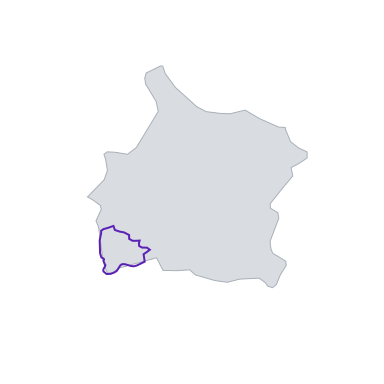 where Kosovska Kamenica sits in Kosovo, rotated 146°
{"feature_id": "KOS-5907", "entity_name": "Kosovska Kamenica", "entity_type": "District", "adm_level": 1, "iso_a3": "XKX", "parent_name": "Kosovo", "parent_adm1": "", "projection": "equal_earth", "projection_center": [21.605, 42.591], "detail": "fine", "context": "in_parent", "style": "outline", "palette": "violet", "viewbox_px": 384, "rotation_deg": 146, "n_neighbors": 0, "source": "natural_earth", "source_scale": "10m", "svg_char_len": 1656}
<svg xmlns="http://www.w3.org/2000/svg" viewBox="0 0 384 384"><g transform="rotate(146 192 192)"><path d="M116.9,143.9L133.7,138.6L136.1,134.8L132.4,126.8L134.6,121.8L154.8,107.5L158.2,101.1L159.4,96.0L156.7,90.6L153.0,82.2L154.8,78.6L165.3,73.8L173.8,68.1L178.8,67.7L181.9,71.7L181.9,75.9L184.6,83.1L190.9,86.9L201.2,93.1L213.2,97.4L222.7,106.0L235.5,121.3L237.5,128.8L249.1,135.6L259.8,143.2L258.2,157.3L294.9,169.7L303.2,169.6L307.1,171.7L307.0,175.0L304.1,184.9L289.0,215.3L287.8,221.7L277.0,228.3L275.5,232.1L278.5,240.5L281.4,246.4L281.1,246.4L257.9,251.3L250.1,257.1L245.4,267.3L243.9,272.5L239.8,272.7L233.0,267.5L224.4,259.3L213.2,260.0L174.9,277.7L171.1,287.1L170.1,307.4L167.5,312.8L163.4,316.3L147.6,314.1L145.9,312.8L148.0,305.0L147.3,288.0L140.3,259.9L135.3,250.7L124.9,241.6L116.8,235.6L102.2,230.2L94.9,214.9L83.9,197.4L78.6,193.4L79.5,191.7L82.1,178.5L79.0,168.9L74.2,160.8L77.6,155.8L87.8,155.9L96.3,156.8L99.4,149.0L116.9,143.9Z" fill="#d9dde1" stroke="#a8b0b8" stroke-width="1"/><path d="M270.2,160.7L278.7,161.9L281.7,162.9L283.8,164.6L288.2,169.9L290.4,171.3L292.4,171.3L298.3,168.7L301.2,168.7L305.2,169.6L306.0,170.1L308.7,171.8L309.8,175.7L309.0,177.2L307.6,178.1L306.0,178.8L304.7,179.8L304.8,180.3L304.0,183.9L303.9,184.4L303.6,184.7L302.7,185.2L302.5,185.7L302.6,186.4L303.6,188.0L303.7,188.6L302.4,192.7L295.6,203.5L290.2,208.8L289.0,210.7L286.0,210.7L281.9,209.3L276.1,207.8L277.2,203.7L274.1,199.6L270.9,196.5L268.2,191.5L270.3,188.3L268.5,184.7L266.4,183.3L262.6,181.0L264.6,179.3L266.0,176.7L264.4,173.8L260.4,171.0L259.3,167.7L264.0,167.5L266.9,167.5L270.2,160.7Z" fill="none" stroke="#5b21b6" stroke-width="2"/></g></svg>